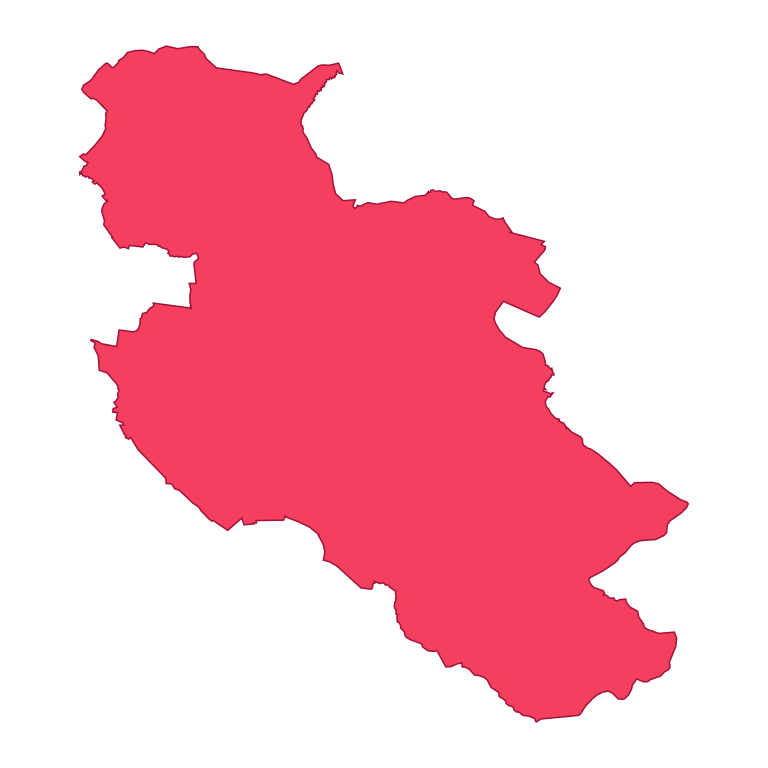 the district of Remetea Chioarului, Maramures, Romania
{"feature_id": "2599482B30714970991865", "entity_name": "Remetea Chioarului", "entity_type": "district", "adm_level": 2, "iso_a3": "ROU", "parent_name": "Romania", "parent_adm1": "Maramures", "projection": "equal_earth", "projection_center": [23.534, 47.521], "detail": "fine", "context": "isolated", "style": "filled", "palette": "rose", "viewbox_px": 768, "rotation_deg": 0, "n_neighbors": 0, "source": "geoboundaries", "source_scale": "gbopen_adm2", "svg_char_len": 6019}
<svg xmlns="http://www.w3.org/2000/svg" viewBox="0 0 768 768"><path d="M503.0,217.8L500.6,219.0L495.8,219.2L489.0,216.6L485.0,211.4L472.6,205.3L474.0,200.7L470.4,198.3L467.0,197.5L454.2,199.2L451.8,198.2L446.7,192.1L442.6,191.9L440.0,190.8L435.5,191.4L433.2,189.9L430.9,190.3L430.5,191.9L428.9,192.7L428.5,191.5L425.4,195.3L415.4,196.5L408.0,199.9L403.9,202.9L391.4,201.3L376.8,204.2L367.8,202.6L360.1,206.2L357.5,205.3L356.6,207.2L354.9,208.4L353.4,207.1L353.2,205.3L355.4,199.8L343.1,200.7L335.6,193.7L333.2,184.2L332.0,174.7L328.7,164.3L316.7,157.2L316.1,154.3L311.3,148.1L306.8,137.7L302.8,132.0L303.2,128.7L302.6,127.8L302.8,126.5L301.2,124.6L301.0,120.6L304.0,113.0L306.7,110.6L308.2,107.3L309.4,107.1L309.1,105.8L310.2,105.7L310.7,104.0L312.1,103.6L312.1,102.4L314.9,99.9L313.2,98.7L315.6,95.9L315.1,95.2L315.7,94.0L317.4,94.2L317.5,90.9L319.2,91.3L321.3,90.2L321.5,89.5L320.3,88.1L322.6,87.4L322.4,85.8L323.4,86.8L324.1,86.5L325.0,84.7L324.5,82.7L326.3,82.2L326.6,79.4L329.2,79.7L329.8,77.8L331.5,78.9L331.7,77.8L334.6,77.7L334.3,75.9L335.3,76.2L335.5,75.1L336.7,74.4L336.3,72.3L337.1,70.6L338.6,72.8L342.8,73.9L338.6,63.1L329.5,65.3L322.1,65.0L318.4,65.8L300.5,79.5L298.9,82.2L293.5,84.3L266.5,74.1L262.1,74.4L262.1,75.1L252.8,72.9L216.4,67.9L206.1,58.5L204.5,54.4L199.3,49.4L198.0,46.8L190.7,46.6L177.7,48.7L166.4,46.1L158.6,49.1L154.3,53.7L148.9,51.5L142.1,50.2L135.0,50.7L127.5,52.4L123.3,57.7L118.8,60.4L118.3,62.6L113.3,67.7L112.0,67.5L108.2,63.7L106.1,63.1L98.8,69.5L93.5,76.7L93.9,76.9L89.7,81.2L83.6,85.1L81.8,89.3L83.7,92.5L91.2,99.0L92.3,98.1L96.2,99.7L107.1,110.9L105.6,114.0L106.1,118.5L105.1,125.3L105.7,128.5L102.4,135.7L95.0,145.1L85.8,154.7L83.6,153.9L79.7,156.5L84.5,161.0L88.0,162.7L86.1,165.9L84.2,165.9L81.5,171.3L79.7,172.0L79.8,174.5L81.7,173.1L82.8,175.8L84.2,175.7L85.3,177.1L88.0,176.1L89.2,178.3L90.5,178.0L94.2,180.6L92.3,181.9L94.8,184.1L96.9,183.0L101.8,187.7L105.4,194.1L102.1,196.0L105.8,200.5L106.7,200.9L107.3,200.1L107.7,201.0L104.2,203.7L102.0,208.6L101.9,212.2L104.4,220.4L103.8,224.9L112.5,237.3L111.8,237.6L120.0,248.1L123.9,247.0L128.5,248.7L129.2,245.4L142.9,247.0L145.4,243.1L146.6,242.8L149.0,244.4L156.7,244.4L158.6,246.3L160.2,246.2L161.4,247.6L167.0,249.2L168.8,251.1L167.9,253.4L169.0,253.6L169.7,255.7L170.8,256.2L172.0,255.8L174.1,256.8L177.1,256.3L178.8,257.2L179.5,256.5L184.0,257.2L189.9,256.8L192.6,254.2L196.6,253.3L198.7,258.4L194.4,262.0L193.9,263.7L196.1,283.4L189.2,283.4L190.8,289.4L189.9,295.6L190.1,303.3L191.0,305.6L190.2,306.2L191.7,309.2L190.8,308.2L186.0,307.4L153.2,303.1L153.8,306.0L149.5,308.6L146.8,312.4L142.5,313.5L141.4,317.9L140.1,318.8L140.1,323.8L138.8,328.0L136.6,330.8L133.1,331.8L119.1,330.0L116.6,346.5L101.8,343.8L97.6,341.2L91.1,339.5L90.9,340.6L95.1,342.9L94.1,347.5L98.2,355.8L99.3,370.4L107.0,372.7L117.0,384.5L118.2,387.4L117.8,388.7L118.7,389.5L118.8,391.0L117.6,394.1L118.2,397.5L115.1,401.8L113.9,402.2L117.1,407.3L113.2,408.5L112.7,412.1L117.5,412.7L116.1,419.9L123.0,423.1L123.6,425.1L119.8,425.2L124.5,434.6L125.8,435.6L125.4,437.5L128.8,439.2L130.4,437.1L138.2,449.8L165.7,478.2L166.2,483.5L171.8,483.9L174.6,488.7L179.5,490.4L192.6,502.9L199.1,507.3L201.1,510.9L209.0,519.0L211.9,521.2L213.2,520.5L227.7,530.4L241.8,518.1L244.1,524.8L254.0,523.9L253.9,523.1L256.5,522.9L256.2,520.6L283.7,520.1L285.4,515.2L285.7,517.0L298.6,521.8L309.5,527.1L319.0,534.7L318.4,535.4L323.3,544.6L324.9,552.1L323.4,560.1L329.7,561.9L336.7,565.9L361.1,588.0L371.2,589.2L372.5,587.7L372.8,584.0L375.1,582.8L374.3,581.5L380.2,583.6L383.6,582.7L385.4,585.1L387.7,584.7L389.7,587.2L395.6,591.3L395.6,594.4L396.3,596.5L395.5,598.0L396.1,599.9L394.8,602.2L394.3,606.3L394.8,608.4L395.9,609.3L396.1,614.3L397.6,614.8L396.9,616.8L397.3,621.9L398.7,622.2L400.4,625.0L400.7,628.2L404.3,631.8L404.9,635.0L406.2,637.3L411.2,640.1L420.4,643.3L422.0,644.7L422.5,646.9L427.8,650.7L434.4,651.4L436.8,650.4L445.8,666.9L451.0,666.6L457.9,663.6L462.0,663.1L462.1,666.9L464.8,667.1L469.2,669.1L474.4,675.0L479.4,675.7L484.3,677.6L487.3,680.0L491.0,687.4L498.1,692.0L498.9,693.1L499.0,696.3L504.5,699.8L505.9,701.6L506.2,703.6L508.5,705.4L512.4,706.7L513.6,708.2L513.8,709.7L516.3,712.0L519.1,712.1L522.7,715.3L529.2,716.2L535.1,718.8L535.5,721.3L536.3,721.9L541.0,719.0L578.2,715.4L580.6,713.9L585.3,706.3L592.8,698.4L597.4,694.8L603.3,691.9L608.4,691.2L612.6,693.2L618.3,699.0L623.9,699.2L628.5,695.1L631.7,688.8L632.3,685.4L636.7,679.0L643.3,681.7L647.7,681.7L650.3,679.7L660.7,676.0L664.5,671.9L668.5,669.7L670.1,667.3L669.4,662.2L675.8,646.3L676.6,637.9L674.4,632.1L658.7,633.4L647.0,629.2L644.2,626.9L643.4,623.8L638.8,617.1L637.7,611.2L629.6,606.9L626.3,601.8L625.7,599.1L619.6,599.6L617.0,601.0L614.9,600.2L613.8,597.9L610.2,598.3L606.0,595.0L603.4,595.4L603.2,594.6L604.7,592.9L603.0,590.6L593.8,587.5L591.3,585.0L588.8,580.1L589.9,577.7L602.0,571.4L614.0,563.5L617.5,560.5L619.8,556.8L625.0,552.9L631.3,545.3L633.9,543.2L640.0,540.7L655.7,539.5L663.7,535.6L666.5,532.9L667.3,525.1L669.5,521.2L680.9,513.2L686.4,507.9L688.3,503.8L687.2,502.3L680.5,499.6L667.0,490.9L658.7,483.9L652.0,482.3L634.5,482.7L630.6,486.3L616.7,470.0L609.5,463.4L597.4,453.4L590.4,448.9L586.3,447.6L585.7,446.2L584.6,446.4L582.6,443.5L582.4,439.1L580.6,436.9L571.6,432.0L567.8,428.1L566.5,428.4L566.6,427.0L565.1,426.6L565.1,425.1L563.3,422.9L559.0,421.2L559.4,419.2L555.6,418.4L551.0,413.6L548.4,408.8L546.9,407.5L545.6,404.6L545.5,401.0L548.0,396.6L550.1,397.0L553.0,392.9L550.6,393.6L543.2,390.9L544.0,389.1L545.8,389.5L544.0,387.5L545.5,382.7L548.9,380.2L549.3,378.3L550.8,377.6L551.6,374.7L553.9,375.1L554.0,373.9L552.8,372.5L551.8,368.4L551.1,369.3L547.4,365.4L545.7,365.3L545.1,360.8L542.9,353.9L540.1,351.4L536.1,349.7L522.8,347.5L505.6,337.3L499.4,330.1L495.4,323.0L494.0,318.7L495.5,312.2L503.4,301.4L539.2,317.1L544.9,311.8L552.9,301.7L556.9,295.7L560.4,288.2L548.8,282.3L540.2,273.9L537.9,265.0L534.2,262.3L544.9,250.0L545.5,246.7L540.9,244.5L544.4,241.4L510.3,232.5L511.7,231.8L505.0,222.3L503.0,217.8Z" fill="#f43f5e" stroke="#9f1239" stroke-width="1.5"/></svg>